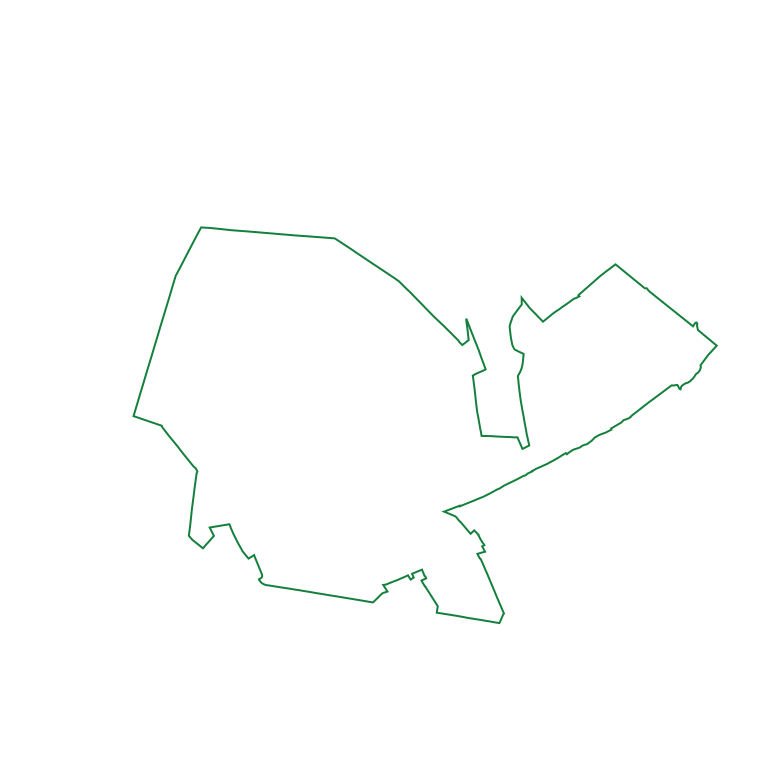 the district of Chimalhuacán, México, Mexico, rotated 308°
{"feature_id": "50627088B23248681455683", "entity_name": "Chimalhuacán", "entity_type": "district", "adm_level": 2, "iso_a3": "MEX", "parent_name": "Mexico", "parent_adm1": "México", "projection": "orthographic", "projection_center": [-98.942, 19.418], "detail": "fine", "context": "isolated", "style": "outline", "palette": "green", "viewbox_px": 768, "rotation_deg": 308, "n_neighbors": 0, "source": "geoboundaries", "source_scale": "gbopen_adm2", "svg_char_len": 5782}
<svg xmlns="http://www.w3.org/2000/svg" viewBox="0 0 768 768"><g transform="rotate(308 384 384)"><path d="M474.1,332.9L473.9,327.5L473.7,325.1L473.3,319.4L471.6,297.5L470.5,282.0L470.0,274.3L469.2,265.0L469.1,263.6L469.0,262.2L468.8,259.8L468.4,255.5L462.1,246.0L453.9,233.7L452.7,231.9L451.2,229.7L444.9,220.3L444.1,219.0L442.9,217.2L441.5,215.0L438.5,210.5L436.3,207.1L427.8,194.1L419.6,181.6L411.4,169.3L405.7,160.1L399.9,150.9L394.8,143.5L386.0,145.0L374.0,147.2L362.8,149.3L355.3,150.7L340.9,153.3L331.8,156.8L322.8,160.4L309.1,165.7L300.0,169.2L290.9,172.7L281.8,176.3L272.7,179.8L263.6,183.4L254.5,186.9L245.4,190.4L236.3,194.0L227.2,197.5L218.1,201.1L204.5,206.4L209.4,220.5L214.3,234.7L214.2,234.8L213.4,236.0L211.0,245.3L208.1,258.2L207.5,260.7L205.4,268.9L201.8,284.5L201.7,287.4L200.2,290.8L198.1,291.4L185.4,298.8L176.1,304.4L167.4,309.5L152.5,318.8L144.2,323.7L143.2,329.2L143.1,342.5L143.8,342.6L146.2,342.6L151.5,343.0L159.6,343.5L161.7,338.9L162.2,337.9L163.6,335.0L178.3,348.5L177.4,350.3L177.0,350.8L176.4,351.6L174.0,356.1L172.8,358.3L171.6,360.9L169.3,365.7L168.4,367.7L167.5,370.0L166.3,372.9L165.2,375.2L164.2,379.5L163.0,384.7L169.2,387.0L167.9,389.1L167.1,390.5L166.2,392.1L165.5,393.3L162.1,399.3L158.6,405.4L157.6,406.3L156.1,406.8L153.1,405.7L152.8,406.0L152.6,406.9L152.3,407.9L152.1,408.6L151.9,409.8L152.0,411.4L152.3,412.8L152.4,413.4L153.1,415.1L153.8,416.3L157.7,423.3L160.9,429.1L163.4,433.5L164.7,435.8L166.6,439.3L168.9,443.4L174.4,453.5L178.1,460.4L180.5,464.7L184.2,471.6L184.7,472.4L188.6,479.5L194.5,490.3L200.2,500.8L201.5,503.2L202.4,504.8L202.6,505.3L205.1,509.8L205.8,509.9L209.2,510.4L213.9,511.0L215.3,511.1L216.3,511.3L218.4,511.7L222.6,514.5L225.2,507.1L227.4,509.2L230.1,510.7L233.6,512.7L237.5,515.1L243.9,518.6L248.0,520.7L246.7,524.3L246.3,525.4L249.7,526.6L251.7,523.0L252.1,523.2L261.1,528.2L257.7,534.2L257.8,535.2L256.8,536.9L252.2,534.5L251.5,536.2L249.8,540.5L250.0,540.6L242.0,563.2L238.3,565.2L236.3,566.4L246.4,584.6L247.7,587.1L251.6,594.6L254.3,599.5L257.2,604.7L262.1,613.7L264.7,618.6L265.3,619.7L266.6,622.1L267.2,622.0L268.3,621.8L273.2,620.5L275.4,619.9L277.0,619.8L285.4,604.5L287.1,601.5L289.7,596.9L298.4,581.4L299.3,579.6L300.7,577.1L303.9,571.3L305.7,567.7L305.5,566.8L307.7,562.2L311.3,564.8L313.0,566.1L314.1,566.9L315.7,563.1L316.5,561.3L317.1,561.6L318.8,562.3L319.8,559.1L320.9,556.1L321.4,554.8L321.6,554.6L322.9,551.5L323.3,551.5L323.3,551.3L323.7,549.0L323.9,547.7L324.2,545.2L321.5,544.8L320.7,544.6L319.3,544.5L319.5,543.5L319.8,541.7L322.5,528.8L322.3,528.3L323.7,522.0L320.4,509.9L334.4,518.4L334.6,518.5L334.2,519.0L355.5,531.2L355.9,531.5L362.9,534.8L370.3,538.0L370.8,538.2L372.5,539.3L377.7,541.1L382.5,543.4L384.6,544.5L386.2,545.3L388.4,546.4L390.7,547.5L392.4,548.2L392.9,548.5L394.8,549.3L397.1,550.3L399.6,552.0L401.4,552.1L406.6,554.7L406.8,554.3L408.7,555.3L410.7,556.0L413.4,557.5L421.2,561.6L432.5,566.5L436.8,568.0L441.5,569.8L441.3,571.4L443.1,571.7L446.9,572.9L449.1,573.8L452.7,576.3L453.3,576.5L453.9,577.0L454.6,577.5L455.6,577.8L457.1,578.1L459.4,579.4L461.4,580.9L462.5,581.4L463.6,581.6L467.1,582.6L471.2,583.0L472.2,583.2L473.1,583.7L474.5,584.2L475.2,584.5L476.3,585.0L478.7,586.4L481.5,588.2L481.8,588.4L484.8,589.8L488.0,591.3L488.8,590.4L500.0,594.8L502.9,595.0L504.1,595.7L504.9,596.4L506.6,597.3L507.9,598.2L509.1,598.4L510.7,598.8L511.2,598.6L523.5,601.7L527.6,602.7L529.5,603.2L531.6,603.7L544.6,607.3L560.0,611.5L561.0,613.0L563.4,615.2L563.8,615.7L563.7,616.3L563.6,616.8L562.6,618.6L562.3,619.4L562.1,619.8L562.1,620.3L562.3,620.9L564.1,620.2L565.1,619.9L565.7,619.8L566.2,620.0L566.9,620.1L568.1,620.4L570.5,621.4L572.0,622.6L573.5,623.0L574.8,623.7L576.0,623.6L577.7,624.0L579.2,624.1L580.7,624.1L582.7,623.8L584.7,623.9L586.2,624.5L587.5,624.5L589.6,624.4L592.4,623.3L593.5,621.9L606.1,621.6L619.1,622.6L619.8,598.3L620.6,597.2L622.0,595.5L622.9,594.5L624.2,594.0L624.9,592.6L624.5,592.0L623.7,591.8L622.7,591.7L619.7,592.0L620.3,537.0L620.5,535.0L620.6,534.3L621.0,533.2L621.2,532.4L621.1,531.9L620.4,531.2L620.0,530.6L620.8,492.8L608.6,489.5L601.6,487.8L594.2,486.4L573.7,482.5L573.4,484.0L571.6,483.1L570.9,482.8L569.9,482.4L568.8,481.6L568.1,481.2L560.6,479.0L560.1,478.9L553.6,476.8L551.5,476.3L548.6,475.4L547.9,475.0L541.7,473.3L539.1,472.8L531.0,470.9L531.9,464.0L532.2,462.3L532.8,457.6L533.4,453.5L533.5,452.9L533.6,451.9L536.7,439.4L531.5,443.6L524.3,443.7L520.3,443.8L519.5,443.8L517.8,443.9L516.2,444.0L514.5,444.6L511.3,445.7L508.3,446.8L506.4,447.8L501.8,452.3L498.3,455.8L493.7,461.2L492.7,463.1L491.7,465.3L491.7,466.3L492.6,470.8L492.8,471.8L493.3,473.7L493.7,475.5L490.1,477.8L487.9,479.2L484.9,481.0L482.2,482.3L479.7,483.2L477.4,483.8L477.1,483.9L474.3,484.3L472.5,484.7L469.3,487.9L467.4,489.6L464.2,492.8L463.0,494.0L461.3,495.6L459.5,497.5L454.5,502.6L451.8,505.6L447.8,510.0L445.6,512.6L444.8,513.5L444.2,514.2L440.2,518.5L437.3,521.8L436.7,522.6L432.7,526.9L431.7,528.2L430.0,530.2L425.0,536.3L418.1,533.1L424.1,522.0L421.2,518.2L420.8,517.4L416.3,511.2L414.1,508.1L412.1,505.2L410.9,503.5L409.6,501.5L404.6,494.8L403.4,493.2L402.6,493.5L404.2,491.7L405.9,489.9L407.6,487.8L407.9,487.5L408.8,486.5L413.5,481.3L413.9,480.8L415.9,478.7L416.6,477.8L419.4,474.6L424.8,469.2L429.5,464.6L432.3,461.9L433.1,461.1L437.4,456.9L440.1,454.1L440.7,453.5L442.7,451.5L445.3,448.8L448.7,450.2L457.8,455.1L458.1,455.1L461.3,450.0L464.6,444.6L469.3,437.3L469.4,437.0L472.6,431.6L475.0,427.4L475.7,426.3L480.8,417.6L482.1,415.5L486.2,408.6L484.6,409.8L480.2,414.4L477.5,417.1L473.9,420.6L470.9,423.5L470.7,423.7L462.9,421.7L463.4,417.6L463.5,417.3L463.7,417.1L463.8,416.7L464.2,414.8L466.4,396.8L467.8,381.9L469.5,369.2L470.2,364.2L470.4,362.8L472.6,346.5L472.8,343.8L473.0,341.8L474.1,332.9Z" fill="none" stroke="#15803d" stroke-width="2"/></g></svg>